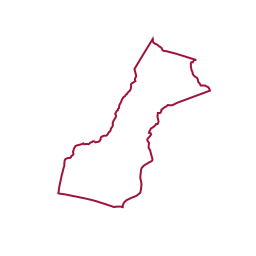 Itaporanga d'Ajuda, Sergipe, Brazil (orthographic projection), rotated 63°
{"feature_id": "56859067B93540245616109", "entity_name": "Itaporanga d'Ajuda", "entity_type": "district", "adm_level": 2, "iso_a3": "BRA", "parent_name": "Brazil", "parent_adm1": "Sergipe", "projection": "orthographic", "projection_center": [-37.32, -11.059], "detail": "fine", "context": "isolated", "style": "outline", "palette": "rose", "viewbox_px": 256, "rotation_deg": 63, "n_neighbors": 0, "source": "geoboundaries", "source_scale": "gbopen_adm2", "svg_char_len": 3082}
<svg xmlns="http://www.w3.org/2000/svg" viewBox="0 0 256 256"><g transform="rotate(63 128 128)"><path d="M191.3,146.5L188.3,144.1L184.7,141.8L183.3,141.2L180.8,140.4L178.7,139.9L177.4,139.4L176.3,138.7L171.0,135.2L169.7,133.7L168.6,130.6L168.4,126.9L168.2,125.0L168.3,123.3L168.2,121.8L167.6,120.7L166.6,120.3L163.8,119.7L161.7,119.3L158.0,118.4L156.1,118.6L154.7,118.5L152.7,117.3L151.1,116.1L149.7,116.1L148.5,116.5L146.9,116.0L146.0,114.2L145.3,112.2L144.3,110.4L142.9,110.2L141.8,111.5L140.8,110.6L140.1,109.3L138.8,107.9L138.8,106.3L138.5,103.9L137.9,102.3L137.2,101.3L137.9,99.8L136.9,98.6L136.0,97.8L134.1,97.3L131.2,96.6L129.4,95.3L128.2,94.6L129.2,92.5L128.3,90.8L126.9,90.0L126.7,88.6L126.4,87.4L126.2,86.1L126.2,84.8L126.0,83.4L125.6,82.2L126.4,80.9L127.4,79.3L127.9,77.6L127.8,73.3L131.9,38.1L130.0,37.7L127.8,38.1L126.8,39.0L125.8,39.7L124.9,40.4L124.0,42.3L123.2,43.9L120.5,44.0L118.8,44.5L117.2,43.9L114.7,43.7L112.0,45.3L110.7,45.6L109.5,45.8L107.7,45.2L105.3,45.1L103.6,44.6L102.5,44.2L101.3,44.0L100.2,43.2L99.0,42.8L98.2,41.6L98.9,40.6L98.2,39.5L97.4,38.2L98.4,36.3L83.5,51.6L78.2,57.6L77.1,58.8L75.9,60.7L74.6,61.9L73.1,61.9L71.9,61.8L70.6,62.4L69.2,63.3L67.8,63.8L66.5,64.5L65.2,65.7L63.2,66.6L62.1,66.6L61.0,65.9L59.9,65.5L68.8,80.1L69.7,81.6L71.0,83.6L72.3,85.8L78.4,95.5L84.9,96.9L86.2,97.8L86.9,99.1L88.1,100.0L89.6,100.1L89.8,102.1L89.9,103.3L89.9,104.5L90.7,105.7L92.0,106.1L93.1,106.9L94.0,107.5L94.9,108.4L95.8,109.8L95.9,110.9L96.5,112.3L97.2,113.5L97.4,114.9L98.3,116.2L98.4,117.8L99.2,119.3L100.1,120.6L101.1,121.8L101.9,122.6L102.5,123.6L103.3,124.8L104.1,125.7L105.2,126.3L106.2,127.1L106.5,128.3L107.6,129.0L107.7,130.4L108.6,131.6L109.6,133.0L110.8,132.9L112.2,133.4L113.1,134.4L114.0,136.1L115.1,137.6L116.0,139.0L117.8,139.9L119.1,140.5L119.8,141.6L120.8,143.5L122.0,144.5L122.8,145.4L123.0,146.8L123.9,148.3L124.7,149.6L125.0,150.7L124.4,152.0L123.9,153.2L123.8,154.6L124.0,156.2L124.8,157.1L125.8,157.7L126.7,159.2L126.8,160.8L126.4,162.2L126.0,163.5L124.7,164.1L123.9,165.2L124.1,166.3L124.0,168.3L124.6,170.4L123.5,172.0L123.0,173.3L122.6,174.4L121.4,174.8L121.4,176.5L121.1,178.1L120.7,179.9L120.3,181.5L120.2,183.0L121.3,184.7L122.2,186.0L123.4,186.7L124.0,187.7L125.4,188.2L126.5,188.4L127.1,189.5L127.2,191.1L128.1,192.0L128.3,193.5L127.7,194.6L127.3,196.0L127.3,197.8L127.9,198.9L129.4,200.0L131.0,201.0L133.0,202.0L134.1,203.3L140.5,208.9L144.0,211.7L145.2,212.7L146.1,213.4L147.3,214.4L148.9,215.7L154.6,219.7L155.6,218.5L156.4,217.3L157.6,215.7L158.3,214.7L159.1,213.5L159.9,212.6L160.6,211.7L161.4,210.6L162.9,208.8L164.4,206.9L165.3,205.7L166.2,204.6L167.1,203.3L168.1,202.3L168.9,201.2L170.1,199.7L170.8,198.8L171.8,197.6L172.8,196.3L174.0,195.0L174.8,194.0L175.8,192.8L177.0,191.5L178.2,190.2L179.6,188.7L182.3,186.1L183.9,184.4L185.8,182.4L187.3,181.1L188.3,180.1L190.4,177.9L191.4,177.1L192.2,176.0L192.8,174.1L193.6,172.3L194.7,170.2L196.1,168.6L194.7,167.9L193.1,166.0L192.3,164.7L191.9,163.1L191.6,161.6L191.7,160.2L191.8,156.1L192.2,152.6L192.2,151.0L191.3,146.5Z" fill="none" stroke="#9f1239" stroke-width="2"/></g></svg>